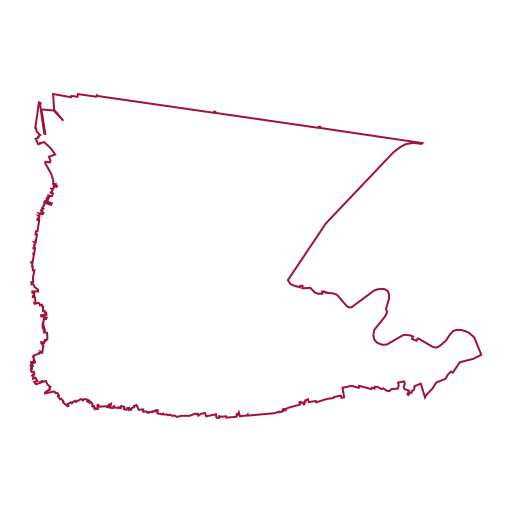 the district of Sector 2, Bucharest, Romania
{"feature_id": "2599482B90996716719963", "entity_name": "Sector 2", "entity_type": "district", "adm_level": 2, "iso_a3": "ROU", "parent_name": "Romania", "parent_adm1": "Bucharest", "projection": "robinson", "projection_center": [26.131, 44.46], "detail": "fine", "context": "isolated", "style": "outline", "palette": "rose", "viewbox_px": 512, "rotation_deg": 0, "n_neighbors": 0, "source": "geoboundaries", "source_scale": "gbopen_adm2", "svg_char_len": 5849}
<svg xmlns="http://www.w3.org/2000/svg" viewBox="0 0 512 512"><path d="M422.4,143.1L319.7,127.9L320.1,126.8L318.8,126.7L318.1,127.8L215.2,112.9L215.3,111.8L214.2,111.6L213.9,112.8L98.2,96.1L96.9,95.2L96.2,96.7L77.9,94.1L77.5,96.8L71.3,95.9L71.0,97.2L53.1,94.0L54.1,109.7L63.3,120.7L53.7,110.5L41.4,109.4L45.3,133.9L44.3,133.7L42.4,121.0L40.2,105.1L40.6,103.1L38.9,102.4L35.3,127.9L35.9,127.9L36.6,131.6L40.2,135.1L38.1,136.5L38.5,137.6L35.7,138.8L38.2,144.3L40.5,143.5L40.3,143.0L44.3,142.2L50.9,148.5L55.2,154.5L48.9,156.8L50.4,160.3L50.2,162.3L45.3,161.8L45.3,163.4L51.2,173.8L53.4,180.9L53.0,183.9L55.8,184.1L55.4,185.1L57.1,185.9L56.5,187.0L52.9,185.7L54.3,186.6L53.3,188.7L51.4,188.8L52.5,190.5L51.5,192.5L49.7,192.4L53.0,193.5L51.8,196.2L48.2,195.4L48.0,195.9L49.4,196.4L48.5,198.5L47.0,197.9L46.7,198.4L48.3,199.0L47.7,200.5L46.8,200.1L45.3,201.0L51.7,203.3L51.0,204.9L44.4,202.5L44.2,203.0L44.9,203.3L43.9,205.5L42.8,205.6L43.6,205.9L42.7,208.0L41.4,208.1L43.2,208.8L41.7,210.3L40.2,210.3L42.2,211.1L41.7,212.0L43.5,212.8L42.8,214.2L39.1,213.4L39.7,214.0L39.4,216.0L38.5,215.8L39.2,216.5L39.0,218.5L37.7,218.3L37.4,220.1L39.2,220.3L37.5,231.2L36.0,231.2L35.5,234.4L37.0,234.5L36.1,240.1L34.7,239.9L36.0,240.4L35.7,242.5L34.4,242.3L35.0,242.9L34.7,244.8L34.0,245.1L34.6,246.1L34.3,247.8L33.5,247.7L33.4,248.3L35.0,248.4L34.2,253.6L32.4,253.4L33.9,254.1L32.6,262.1L31.3,262.0L31.2,262.6L32.4,262.7L32.1,266.3L32.7,266.3L32.8,270.4L34.5,270.3L33.0,277.3L33.1,282.1L31.4,282.1L31.5,284.4L33.4,284.3L34.6,287.0L37.8,289.4L38.1,291.4L32.3,291.4L32.3,292.8L34.2,293.2L34.2,295.2L32.8,295.9L32.8,297.1L34.6,296.8L35.1,298.2L35.5,302.3L34.2,302.6L34.6,303.8L38.4,302.9L39.4,303.4L39.9,305.3L41.8,304.7L42.3,306.7L43.1,306.6L43.0,310.9L44.5,310.8L44.8,312.7L46.1,312.6L46.5,314.8L41.0,315.2L41.3,316.5L44.5,316.6L44.4,317.2L46.7,317.6L46.0,319.1L43.9,318.9L43.4,322.5L42.8,322.5L43.4,324.8L42.5,325.0L43.1,326.8L43.8,326.6L44.0,327.5L42.8,327.6L43.3,329.0L44.5,328.8L45.0,330.0L45.7,330.0L44.8,330.3L44.6,331.5L43.8,331.4L43.9,332.4L47.1,332.8L47.4,338.2L47.2,339.6L45.2,339.9L45.5,341.2L44.1,341.3L44.1,343.0L41.3,342.0L41.3,343.5L42.9,344.2L42.7,345.7L43.4,346.0L42.3,352.1L40.6,351.6L41.5,352.8L39.0,353.0L39.0,353.6L33.7,355.5L33.8,356.4L32.9,356.6L33.8,358.4L33.7,360.0L34.3,360.0L35.1,362.4L33.6,363.0L33.2,362.0L31.1,362.0L31.2,363.9L31.9,363.7L32.8,365.9L30.7,365.9L31.2,367.2L32.1,367.2L32.1,368.9L30.8,368.9L31.0,370.3L31.7,372.0L33.7,371.6L34.3,374.2L33.3,374.2L32.1,375.6L33.4,376.1L33.0,378.8L35.5,377.7L36.6,379.6L37.3,381.1L34.2,381.9L36.0,384.2L40.6,382.7L40.2,382.1L42.2,380.9L42.7,381.9L45.9,380.9L47.4,384.4L50.4,386.9L49.3,388.0L49.9,389.7L46.9,391.0L45.2,392.4L45.0,393.4L54.2,391.5L55.9,393.3L57.4,392.9L59.0,395.6L57.9,396.3L60.1,399.3L61.1,398.7L63.5,401.3L63.0,402.3L67.6,406.3L68.5,405.8L67.7,404.0L70.8,402.3L71.8,403.3L72.5,402.8L72.0,401.7L72.4,402.4L75.2,400.7L75.9,401.9L80.5,399.3L81.6,399.1L82.7,400.5L84.1,399.2L86.4,399.3L87.9,400.0L86.9,402.2L88.9,400.5L90.0,401.5L89.1,402.3L89.5,402.9L90.9,402.2L92.4,403.6L92.3,406.3L93.9,406.0L94.3,408.4L95.3,408.2L95.3,409.2L97.9,408.9L97.3,405.3L98.3,404.8L98.9,406.7L107.0,406.2L107.1,407.2L108.7,407.2L108.6,404.9L111.0,403.7L110.4,407.8L112.9,408.0L113.4,406.3L114.1,406.2L113.8,407.4L118.8,408.0L118.9,407.3L120.8,408.1L121.2,406.0L124.2,406.8L123.9,409.2L126.6,409.9L126.8,408.2L129.0,407.9L129.0,409.7L130.4,409.0L130.4,409.9L130.9,410.0L131.6,408.2L134.2,407.1L133.9,406.0L136.5,405.0L138.8,409.8L143.2,409.4L143.2,411.7L146.3,411.4L147.5,412.8L148.6,412.7L148.6,412.1L152.7,411.9L152.6,411.3L155.4,411.3L155.2,410.5L157.6,410.1L157.5,413.4L162.0,414.3L163.0,413.7L163.2,414.4L167.5,414.6L168.0,415.2L170.2,414.7L172.5,415.9L174.9,415.5L176.6,416.9L181.7,415.8L189.7,415.8L195.3,413.6L196.1,414.4L197.8,413.7L198.4,415.7L200.8,413.9L205.0,412.9L206.1,416.3L216.0,414.3L216.3,417.0L217.3,418.0L219.1,417.8L219.0,416.2L219.5,416.1L220.8,416.8L226.0,416.3L226.2,417.6L235.9,416.9L236.7,416.5L236.5,414.9L237.6,414.8L237.4,413.7L238.6,413.6L238.9,412.6L240.0,416.3L247.2,415.4L247.7,414.6L247.9,415.6L274.4,413.2L279.1,411.7L279.3,412.3L282.1,411.7L282.0,411.1L283.1,410.8L282.9,409.3L284.2,409.1L284.7,410.5L285.6,410.3L285.3,409.1L288.6,407.7L300.0,404.6L299.4,402.2L300.8,401.8L301.1,402.8L303.2,402.7L303.6,404.4L304.1,404.4L304.6,404.0L304.5,401.8L305.6,401.5L305.3,400.4L308.1,399.3L308.8,402.1L315.8,401.0L316.2,402.3L327.0,398.9L333.2,398.1L333.7,397.2L339.8,395.7L340.9,395.9L341.4,397.8L344.1,397.3L342.5,387.8L351.7,385.8L358.7,387.9L359.1,385.8L371.3,389.1L371.8,387.7L374.6,388.5L374.7,386.8L377.3,386.8L381.6,389.1L383.3,388.4L386.5,390.6L389.1,391.2L391.8,389.0L397.7,388.7L398.7,385.5L398.1,382.6L404.1,381.4L404.9,384.0L403.6,386.8L404.5,389.1L408.9,390.6L407.5,394.5L408.4,395.0L409.8,392.4L411.5,392.8L412.1,390.8L413.7,390.1L414.7,387.4L414.3,386.3L420.8,383.6L425.0,397.4L426.6,394.6L432.7,388.3L436.1,382.6L445.5,378.8L447.8,374.7L451.0,371.5L452.8,372.6L459.9,362.2L473.2,358.9L481.3,354.8L474.2,337.3L468.9,332.8L465.2,331.1L460.7,329.9L456.3,330.0L453.2,331.0L450.1,334.3L446.0,340.5L441.2,344.8L438.1,347.0L435.9,347.6L432.3,346.7L420.0,339.4L417.7,338.5L416.5,340.7L412.0,338.9L413.1,336.6L410.2,335.4L405.0,334.8L403.0,335.2L386.9,344.5L382.3,344.8L377.4,342.9L375.1,340.7L373.9,338.6L373.4,334.9L374.3,329.8L384.7,316.9L386.8,313.1L387.0,311.5L386.0,308.9L389.0,298.8L389.1,294.5L387.8,291.1L384.8,289.2L381.5,288.8L377.6,289.3L373.7,290.8L351.8,307.1L349.0,307.5L346.7,306.0L337.0,294.8L333.1,293.4L326.2,292.8L326.2,292.2L324.0,292.2L324.0,291.5L322.1,291.5L322.1,293.8L318.1,293.7L314.8,292.5L310.3,287.8L302.9,288.3L302.3,288.1L302.6,285.8L300.1,285.9L299.8,287.3L293.6,285.5L290.4,284.0L287.9,280.1L325.8,223.5L393.7,152.0L400.5,146.9L405.9,144.1L413.2,142.9L421.5,143.9L422.4,143.1Z" fill="none" stroke="#9f1239" stroke-width="2"/></svg>